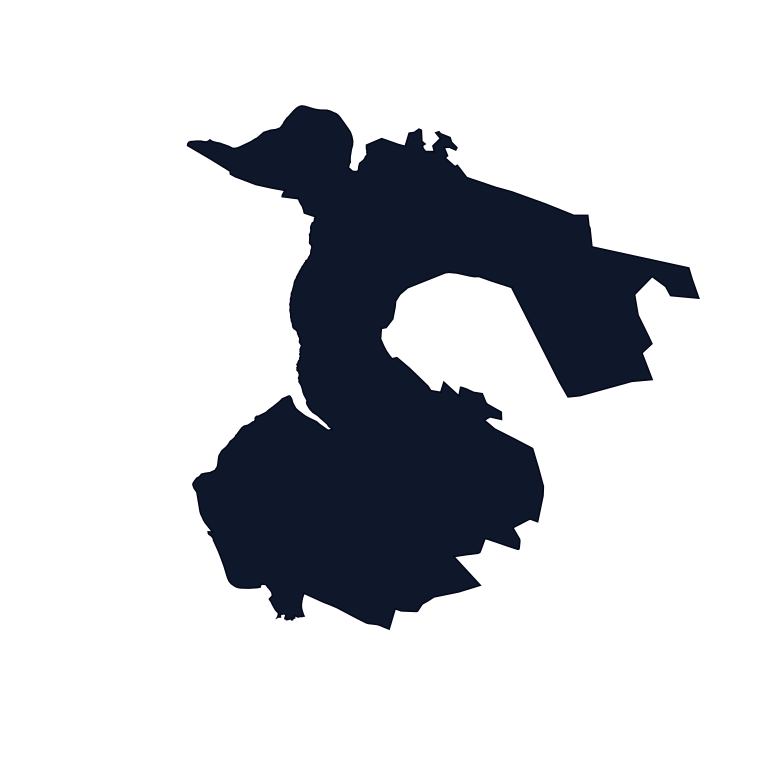 the district of Brocēni, Brocenu, Latvia, rotated 20°
{"feature_id": "27541924B69877910900849", "entity_name": "Brocēni", "entity_type": "district", "adm_level": 2, "iso_a3": "LVA", "parent_name": "Latvia", "parent_adm1": "Brocenu", "projection": "equal_earth", "projection_center": [22.567, 56.678], "detail": "fine", "context": "isolated", "style": "filled", "palette": "ink", "viewbox_px": 768, "rotation_deg": 20, "n_neighbors": 0, "source": "geoboundaries", "source_scale": "gbopen_adm2", "svg_char_len": 6158}
<svg xmlns="http://www.w3.org/2000/svg" viewBox="0 0 768 768"><g transform="rotate(20 384 384)"><path d="M261.5,257.3L261.4,261.0L261.8,262.6L262.8,264.5L263.2,266.8L263.2,268.1L262.9,269.3L263.7,270.4L264.6,272.8L265.8,276.9L266.3,277.4L268.0,278.1L269.2,279.6L269.7,281.0L269.7,283.0L269.9,284.1L270.6,286.5L270.6,287.5L270.4,289.4L270.0,290.3L269.8,293.4L268.5,294.7L268.4,295.3L268.7,296.4L268.2,297.0L267.8,299.3L267.0,301.9L266.9,303.7L266.2,307.0L266.1,309.4L265.7,310.6L265.7,311.7L265.4,312.7L265.5,315.3L265.2,316.1L265.0,317.7L265.1,319.7L265.5,321.1L266.1,327.9L266.0,330.5L266.4,331.9L266.8,332.6L267.0,335.6L268.1,338.8L268.3,341.4L269.4,343.1L269.9,344.5L270.4,346.9L272.3,349.9L273.5,353.1L274.5,354.5L275.4,356.3L277.1,358.2L278.6,361.0L279.2,361.9L280.4,362.7L282.6,363.2L284.8,364.4L285.7,366.3L287.2,367.7L287.7,368.4L288.5,369.0L289.5,370.4L290.1,373.4L291.9,374.9L293.3,375.8L293.5,376.2L293.3,380.0L293.7,380.9L294.0,382.1L294.9,383.1L294.9,383.5L294.6,384.4L294.6,384.7L296.1,386.4L295.8,388.3L296.5,389.4L296.6,389.9L296.0,391.2L295.8,392.9L296.3,394.3L295.5,395.3L295.5,395.5L296.6,396.3L296.9,396.9L296.9,397.5L296.6,398.1L297.2,398.5L297.1,399.4L297.4,400.5L297.9,401.0L299.5,401.6L299.8,401.9L300.4,403.0L301.1,403.6L301.5,404.5L301.6,406.1L301.9,406.7L301.6,407.3L301.6,407.6L302.1,408.4L303.3,409.1L303.5,409.5L303.1,410.4L303.2,410.8L306.7,413.6L308.9,416.4L310.7,419.2L312.7,421.6L317.4,425.8L317.6,426.3L317.5,427.5L317.7,428.0L319.0,429.8L322.9,432.9L326.8,434.9L332.8,436.3L336.0,437.7L344.4,441.0L346.5,442.6L350.1,443.9L350.7,444.4L350.7,444.7L347.1,446.7L337.5,444.1L334.7,443.0L333.1,442.5L324.1,441.6L320.5,441.0L312.5,438.5L309.4,437.2L308.9,436.8L304.6,432.9L302.2,429.5L300.1,427.8L299.1,427.6L298.2,428.1L297.7,428.8L293.6,432.6L291.7,436.6L287.4,443.7L284.5,448.0L283.2,450.6L281.5,452.6L277.5,456.7L276.2,457.8L275.5,457.8L275.0,458.5L274.6,460.3L275.2,461.0L275.2,464.3L274.0,464.2L270.5,469.1L267.0,471.4L265.5,473.7L263.5,480.1L263.3,481.4L262.4,482.9L262.4,484.5L260.9,487.8L259.1,490.6L258.6,493.7L257.1,497.6L254.6,502.0L253.5,507.4L253.8,509.7L255.4,516.5L255.7,518.6L254.8,522.9L250.7,526.9L246.5,529.1L243.3,531.2L242.9,532.6L242.0,534.7L240.6,536.0L239.7,538.1L238.8,541.5L238.6,543.0L238.9,544.0L239.5,544.9L241.5,547.1L244.9,549.4L245.3,549.9L254.9,566.9L256.4,568.9L261.2,573.7L263.4,575.5L273.7,581.8L269.3,583.0L270.1,584.5L270.6,585.0L273.6,585.8L275.2,586.7L276.5,587.7L277.2,589.1L285.9,598.0L290.6,603.4L296.3,610.2L302.1,618.0L303.9,620.2L306.3,622.5L308.8,623.9L312.5,624.9L314.7,625.2L316.7,625.1L318.6,624.8L327.0,622.0L334.5,618.7L337.1,617.2L336.9,614.9L337.0,614.5L337.8,613.9L340.1,613.1L341.1,613.0L342.3,613.2L342.8,613.4L343.7,614.4L345.6,615.3L348.5,617.1L350.2,618.6L351.5,621.1L350.9,622.9L349.8,625.1L350.1,625.6L352.3,627.1L354.3,629.1L359.4,633.5L363.1,635.3L363.6,637.0L363.8,638.8L363.6,639.9L364.2,639.2L366.4,638.4L366.1,637.9L365.6,636.0L365.9,635.1L366.9,635.2L368.8,634.0L371.0,634.6L370.9,637.4L371.0,638.2L371.4,638.5L372.2,637.6L372.7,637.8L372.6,638.7L373.0,638.9L375.3,637.5L376.2,636.4L378.1,637.3L378.8,636.6L378.6,635.6L379.2,634.9L380.1,634.4L379.2,632.7L379.6,632.1L383.0,632.4L384.0,631.5L386.2,630.7L388.3,629.4L387.2,628.4L384.2,624.6L382.7,621.9L381.8,619.6L380.8,615.0L380.5,612.6L380.4,608.0L401.8,609.7L408.3,609.8L416.0,610.2L438.6,613.3L449.0,614.5L451.1,614.4L459.0,612.5L461.3,612.2L472.7,612.6L471.4,591.4L477.8,591.3L492.5,586.6L493.3,585.7L495.0,578.3L495.6,577.2L499.3,572.9L503.8,567.0L525.3,553.8L543.3,540.2L508.6,522.3L520.6,515.8L529.9,511.1L531.5,509.7L531.7,509.1L531.8,504.7L531.8,494.9L532.6,494.5L535.5,494.3L556.8,493.9L565.9,493.6L567.0,493.3L567.2,492.9L567.1,491.8L565.6,485.9L565.1,484.5L564.3,483.3L555.0,475.6L554.7,474.9L555.1,474.1L567.3,460.9L575.5,460.9L571.7,434.7L568.8,425.7L558.1,410.5L545.7,393.8L525.7,391.1L503.4,388.4L490.7,383.7L494.9,378.6L506.6,377.1L503.8,370.3L488.2,367.7L486.2,366.7L479.7,359.5L471.0,361.2L463.2,360.5L458.3,360.6L457.1,360.9L458.5,369.6L439.6,361.8L440.1,372.4L430.2,374.2L426.1,371.0L402.8,360.6L387.1,354.8L383.0,357.5L379.6,355.6L374.7,352.1L370.6,348.3L365.4,342.9L362.5,332.7L366.7,330.2L370.0,319.9L368.1,307.9L366.6,302.1L368.3,294.3L372.7,286.5L372.5,286.2L402.2,259.7L403.9,258.3L406.9,256.8L414.6,254.8L428.3,253.0L432.2,252.2L436.6,250.5L449.8,250.4L471.6,249.6L471.7,250.4L548.1,322.0L561.4,333.2L572.1,328.0L615.9,296.8L634.5,288.1L615.8,266.6L622.0,254.5L616.4,248.9L599.2,232.4L588.9,214.2L599.2,191.3L615.4,196.1L623.1,202.9L650.5,195.7L637.7,180.1L630.7,170.7L532.5,184.0L524.2,167.0L522.4,165.2L520.5,161.2L517.8,155.8L504.7,160.6L474.2,159.6L438.3,159.7L421.8,161.0L391.1,161.7L378.1,153.4L376.3,155.5L364.0,150.6L365.7,147.8L359.6,141.1L364.8,139.1L371.4,139.6L371.7,136.9L364.8,133.7L361.8,129.8L351.6,129.5L349.4,128.1L346.7,130.2L353.0,134.0L348.5,143.5L351.8,148.4L343.5,151.3L340.3,149.3L338.6,146.9L340.5,144.4L336.6,143.0L332.3,132.7L329.7,132.5L326.3,137.3L321.8,139.7L322.6,153.4L315.7,154.0L297.9,154.2L285.8,165.5L287.2,169.2L288.2,170.5L288.8,172.5L289.9,174.1L288.9,176.8L288.7,179.4L288.0,181.1L285.7,184.9L286.0,188.4L286.7,191.1L286.8,192.3L285.6,193.8L281.8,194.9L276.5,192.8L276.1,188.7L276.5,187.0L275.8,185.8L274.6,182.6L273.1,175.0L272.7,170.4L271.5,166.4L269.1,162.4L266.3,159.0L262.5,156.1L251.4,148.5L249.0,147.2L247.0,146.5L240.0,146.0L236.6,146.3L230.6,148.4L226.9,149.2L223.9,149.6L215.1,150.1L211.9,150.7L209.9,151.9L208.6,153.3L207.3,155.2L205.8,158.1L202.4,166.8L202.1,166.8L200.6,171.9L200.4,174.3L198.9,178.9L195.4,181.9L190.7,184.3L185.0,188.7L180.7,196.4L179.0,198.1L176.2,201.8L167.4,210.7L164.7,212.9L161.8,214.2L161.1,214.3L156.4,213.8L147.2,213.9L143.2,214.6L139.5,214.8L137.0,214.1L136.1,215.6L134.7,217.1L132.1,217.9L128.9,218.4L125.5,219.6L119.1,222.5L117.9,223.7L117.5,225.1L117.8,227.1L143.0,231.7L166.5,236.6L167.9,239.3L173.4,240.1L195.3,240.4L211.1,238.3L224.7,236.0L224.1,239.3L223.9,241.4L224.2,242.8L239.3,239.4L239.6,238.7L243.7,242.8L246.5,244.9L249.0,248.1L250.6,250.6L262.3,250.3L262.2,251.1L262.5,251.5L262.2,252.2L262.8,255.0L262.6,255.9L261.5,257.3Z" fill="#0f172a" stroke="#020617" stroke-width="1.5"/></g></svg>